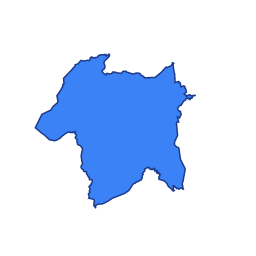 the district of Juchitlán, Jalisco, Mexico, rotated 139°
{"feature_id": "50627088B62561393474891", "entity_name": "Juchitlán", "entity_type": "district", "adm_level": 2, "iso_a3": "MEX", "parent_name": "Mexico", "parent_adm1": "Jalisco", "projection": "mercator", "projection_center": [-104.048, 20.063], "detail": "fine", "context": "isolated", "style": "filled", "palette": "blue", "viewbox_px": 256, "rotation_deg": 139, "n_neighbors": 0, "source": "geoboundaries", "source_scale": "gbopen_adm2", "svg_char_len": 5783}
<svg xmlns="http://www.w3.org/2000/svg" viewBox="0 0 256 256"><g transform="rotate(139 128 128)"><path d="M204.9,88.5L204.6,89.3L204.3,89.8L203.1,90.7L201.8,90.5L199.6,89.5L197.4,87.7L195.6,87.0L191.4,86.0L185.6,85.2L180.5,83.3L173.6,80.9L168.3,80.2L161.3,82.3L160.6,82.3L159.7,82.1L159.5,81.9L159.1,82.0L158.9,81.7L158.0,81.8L157.4,81.6L157.1,81.7L156.5,81.4L154.2,80.6L153.5,80.6L152.2,80.2L151.4,80.4L151.2,80.8L150.1,80.9L148.8,82.4L147.5,83.0L147.0,83.0L146.9,84.4L145.5,84.4L145.3,84.5L144.9,84.4L144.5,84.7L143.7,84.6L143.3,85.0L142.5,85.4L142.4,85.9L142.1,86.1L141.1,85.7L140.3,85.7L139.5,85.4L138.5,85.3L138.4,84.8L138.5,84.6L137.9,84.3L138.2,83.8L138.4,83.8L138.6,83.2L137.8,81.5L136.9,81.5L136.6,80.4L134.7,80.4L134.8,79.3L135.4,79.2L135.9,78.2L135.0,78.3L135.1,77.4L134.2,77.2L134.0,76.7L135.3,76.5L135.4,76.1L135.7,75.6L134.6,75.5L134.7,74.5L135.2,74.5L135.3,74.3L134.0,73.8L135.2,71.7L134.7,71.6L135.5,71.2L135.6,70.9L137.0,70.8L138.3,69.0L135.6,64.8L135.1,63.0L135.0,61.6L135.2,60.3L135.0,59.9L135.5,59.2L135.6,58.3L135.9,57.3L135.1,53.4L135.3,51.9L135.2,50.7L134.7,50.4L134.1,50.5L134.3,51.1L133.5,52.7L132.9,53.2L132.2,53.2L132.1,53.9L132.1,54.6L132.0,54.8L131.3,54.6L131.1,53.8L131.1,52.0L130.8,51.1L131.2,50.5L131.0,50.3L130.3,50.1L129.9,49.8L129.8,49.2L129.8,48.5L127.6,48.1L127.3,47.9L126.9,47.3L126.7,46.6L126.9,46.2L126.3,45.6L125.5,47.4L124.5,48.7L124.1,50.0L123.1,50.7L121.6,51.6L111.9,59.3L111.6,59.8L109.0,69.9L105.2,75.8L104.3,77.0L102.9,79.5L102.8,80.0L103.8,82.0L103.9,84.7L103.7,85.2L102.4,86.5L101.7,87.1L95.7,89.8L95.2,90.2L87.8,100.5L85.8,99.3L83.5,103.9L83.3,104.1L82.5,101.7L82.1,102.0L78.8,103.5L78.3,105.0L77.5,105.9L77.5,106.2L78.0,106.6L78.2,106.9L78.3,107.8L78.1,109.5L77.8,110.1L77.4,110.4L74.3,111.1L72.9,110.3L70.0,111.3L68.3,111.8L67.6,111.8L66.6,111.3L66.4,111.3L65.7,111.7L64.6,112.0L64.3,111.6L63.3,111.2L62.9,110.9L62.9,110.6L63.1,109.5L62.6,108.8L62.3,108.8L61.1,109.6L60.8,109.5L60.4,108.7L60.1,108.6L58.1,109.5L57.8,109.5L55.4,108.2L57.2,109.6L58.9,110.5L59.2,111.2L59.5,112.5L60.3,112.8L60.6,113.1L61.9,113.4L63.3,113.4L63.1,114.0L62.6,114.4L63.0,114.9L63.3,116.9L60.4,116.7L58.7,119.8L58.9,120.6L58.5,121.2L58.0,121.6L58.1,123.0L58.5,123.5L60.6,123.9L61.0,124.4L60.8,125.0L61.6,125.0L60.4,125.3L60.0,126.1L59.6,126.5L59.0,127.9L59.1,128.7L59.7,128.7L59.3,129.7L59.5,130.1L59.8,130.2L62.6,131.4L60.7,134.1L60.1,134.3L60.1,134.9L57.4,138.0L56.6,139.8L54.3,143.5L52.9,145.5L51.3,147.4L51.2,147.3L51.2,147.5L51.7,148.1L52.4,147.5L53.4,147.0L55.2,146.8L57.0,147.5L58.5,147.7L58.9,148.1L59.0,148.8L60.2,149.0L65.8,148.2L74.4,148.4L76.5,150.1L77.7,151.2L78.1,151.3L78.7,151.7L79.2,152.4L80.0,152.7L80.1,152.9L80.0,153.0L80.6,153.4L82.0,154.4L82.1,154.7L82.8,155.2L82.4,155.7L82.4,156.5L83.2,158.3L83.1,158.5L83.2,158.9L83.7,159.4L83.3,160.4L83.3,161.4L84.0,162.5L85.1,163.4L85.5,163.9L85.8,163.9L86.6,164.6L88.0,164.8L88.6,165.3L89.2,166.5L89.9,166.8L91.1,169.3L92.3,171.0L92.3,172.2L92.6,172.5L93.3,172.7L93.4,173.1L94.3,173.9L94.8,174.0L95.8,173.9L97.0,173.7L97.4,173.8L98.8,175.5L99.3,175.8L100.0,176.4L100.7,178.2L101.0,178.6L102.0,178.9L102.3,180.0L102.6,180.2L103.2,180.2L104.2,179.9L105.2,180.1L106.7,181.1L107.8,182.9L108.1,183.1L108.7,183.1L109.6,182.5L109.9,182.6L110.0,182.8L110.1,183.8L110.7,186.1L110.6,187.0L109.8,188.0L109.8,188.3L107.5,188.2L107.1,188.5L106.5,188.5L105.9,188.7L104.4,190.3L104.3,190.9L103.6,192.7L103.2,193.3L101.5,193.9L99.2,194.1L98.4,194.0L98.1,194.2L97.7,194.3L97.0,194.1L96.6,194.2L96.1,194.5L95.1,194.5L94.7,195.0L94.2,195.1L93.9,195.3L93.8,195.7L94.0,196.3L94.3,196.1L95.4,196.1L96.6,196.5L97.1,196.8L97.2,197.0L96.6,197.1L96.4,197.8L97.1,198.2L97.1,198.6L97.7,198.5L98.0,198.7L100.1,200.9L101.4,201.4L102.2,201.9L102.9,202.0L104.2,201.5L104.8,201.6L106.1,202.4L106.7,202.5L107.1,203.1L108.9,204.2L108.6,205.3L109.6,205.7L110.4,205.7L111.4,205.0L112.1,204.3L112.8,204.2L113.0,204.3L113.5,204.7L113.7,205.4L116.7,207.1L117.5,207.3L117.8,208.1L119.1,209.8L121.7,209.6L123.6,209.2L126.4,210.4L127.6,209.3L130.6,209.2L131.4,208.9L144.0,207.8L147.0,203.7L147.6,203.3L148.0,203.7L149.0,203.3L149.4,202.9L149.5,202.5L149.8,202.1L150.6,202.1L151.5,201.5L152.2,201.6L152.4,201.3L154.3,200.5L155.4,200.5L156.7,199.8L156.9,200.0L157.8,199.6L158.6,199.4L158.7,199.5L159.6,199.1L160.6,199.0L160.8,198.7L160.9,198.2L161.2,197.5L161.9,196.6L163.3,194.3L163.8,193.7L164.4,193.4L170.5,193.4L173.0,192.7L173.9,192.2L174.6,192.2L175.4,192.3L176.3,192.7L184.0,194.8L197.8,189.0L196.4,180.2L195.7,177.7L195.0,170.6L194.1,169.7L192.1,166.9L190.6,165.9L189.3,165.7L188.5,165.2L187.3,165.2L185.2,164.8L184.8,164.8L184.5,165.0L183.9,165.2L180.9,164.9L179.5,165.0L178.6,164.6L176.3,164.4L175.5,163.9L174.8,162.9L174.1,162.2L174.1,161.9L173.3,161.8L172.8,161.0L172.3,161.0L172.1,160.4L171.6,160.4L170.9,160.1L170.5,160.1L170.6,159.7L170.5,159.2L170.6,158.9L171.3,158.9L171.7,158.6L171.6,156.5L171.8,155.9L173.5,155.7L174.0,155.4L174.3,155.0L174.4,154.5L174.3,154.1L174.0,153.4L174.0,152.7L175.4,151.3L176.8,148.7L176.8,148.3L176.6,147.9L175.7,146.4L175.6,144.8L175.7,143.6L175.9,142.5L176.3,141.8L179.2,139.7L181.8,137.5L184.6,133.2L185.1,131.9L185.4,131.2L186.7,130.6L188.4,130.0L188.8,129.7L189.5,128.6L189.6,128.1L189.2,126.0L189.3,125.1L189.7,124.8L189.7,124.2L189.6,123.8L188.5,123.0L188.2,122.2L188.2,121.8L188.6,121.6L189.1,121.1L189.4,120.4L189.3,119.7L189.7,118.6L189.8,117.6L189.6,116.3L190.0,116.4L190.0,115.7L190.8,114.8L190.8,113.9L189.4,113.0L189.1,112.2L190.2,110.8L192.1,110.3L192.9,109.4L193.6,109.2L193.7,109.6L196.0,109.3L196.6,106.8L198.5,105.9L198.7,104.6L201.2,104.2L202.1,101.9L203.2,101.1L202.9,101.1L203.1,100.4L203.1,100.1L202.8,99.5L201.1,97.3L200.8,96.7L200.9,95.7L201.9,94.2L202.4,94.2L203.1,93.6L203.2,92.6L204.6,92.2L204.9,88.5Z" fill="#3b82f6" stroke="#1e3a8a" stroke-width="1.5"/></g></svg>